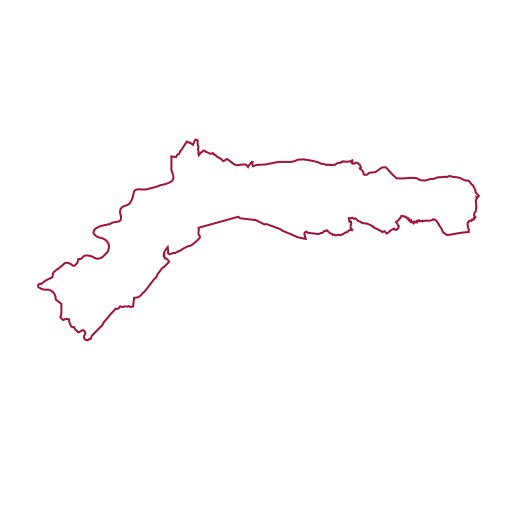 outline of San Lucas, Michoacán, Mexico, rotated 99°
{"feature_id": "50627088B69518747505267", "entity_name": "San Lucas", "entity_type": "district", "adm_level": 2, "iso_a3": "MEX", "parent_name": "Mexico", "parent_adm1": "Michoacán", "projection": "mercator", "projection_center": [-100.756, 18.588], "detail": "fine", "context": "isolated", "style": "outline", "palette": "rose", "viewbox_px": 512, "rotation_deg": 99, "n_neighbors": 0, "source": "geoboundaries", "source_scale": "gbopen_adm2", "svg_char_len": 6094}
<svg xmlns="http://www.w3.org/2000/svg" viewBox="0 0 512 512"><g transform="rotate(99 256 256)"><path d="M199.0,49.7L196.2,50.0L194.7,51.1L190.6,52.2L189.6,51.9L189.2,51.3L187.9,50.9L187.5,50.1L187.7,48.9L187.2,48.3L186.2,48.3L186.3,47.5L186.0,46.7L184.3,46.8L184.4,46.0L183.5,45.3L181.5,47.0L179.7,47.1L177.4,45.9L174.3,46.2L173.9,45.8L167.3,47.5L165.1,47.2L164.4,46.7L163.6,47.2L163.9,46.5L161.8,45.3L158.6,49.2L156.6,49.6L154.1,51.6L152.3,52.6L151.8,54.0L148.8,57.1L148.7,58.1L148.3,58.6L148.7,60.3L148.6,61.8L147.1,66.5L146.7,69.3L147.1,73.2L147.0,74.9L146.7,75.4L146.9,77.9L147.1,78.5L147.7,78.8L148.2,79.7L148.0,81.1L148.6,82.5L148.4,83.1L149.6,86.7L149.5,87.8L151.1,91.2L152.2,92.9L152.8,96.1L154.9,100.4L155.4,104.3L155.3,106.3L154.0,109.5L154.1,111.3L154.6,115.6L156.4,122.9L157.3,129.4L153.6,134.8L148.1,141.5L148.9,145.5L154.5,151.2L155.9,156.5L156.6,157.7L158.1,158.6L158.9,161.5L158.2,162.6L156.3,163.2L155.5,163.9L153.7,166.1L153.6,167.1L153.1,167.2L152.5,166.3L152.0,166.2L149.5,168.0L149.4,169.0L148.5,169.5L148.0,171.3L149.1,173.5L149.5,173.6L149.7,175.3L149.1,176.1L147.0,175.5L146.4,175.9L147.5,177.2L147.9,178.2L148.8,181.4L148.8,182.8L149.0,183.5L148.8,184.9L149.8,186.1L149.9,187.2L150.1,186.3L150.8,187.2L150.9,188.8L152.2,191.1L153.4,191.9L154.5,196.5L154.4,199.0L154.8,199.3L155.0,200.8L154.5,203.9L154.8,205.8L153.7,209.4L153.2,214.5L153.1,223.8L154.3,229.7L156.0,232.2L157.6,236.1L159.5,248.5L164.1,260.8L165.8,269.1L167.8,273.1L165.2,274.3L164.1,274.1L164.3,274.6L163.9,275.0L168.3,277.6L169.3,277.8L168.0,279.2L167.2,281.4L168.0,284.0L168.3,286.1L169.2,287.9L169.1,291.5L164.7,299.7L167.4,303.0L166.9,304.1L165.6,305.7L163.8,310.5L162.8,311.4L162.5,313.2L161.7,313.7L161.0,314.8L161.7,315.2L162.2,317.4L161.3,320.1L160.8,322.5L160.0,323.2L160.3,324.8L161.5,325.4L162.3,326.4L165.4,328.3L163.2,329.1L162.1,329.0L159.6,330.0L157.2,329.9L155.9,330.7L153.2,331.5L151.0,331.6L150.5,334.0L152.5,334.9L156.1,335.6L154.4,338.9L154.7,339.0L153.8,342.3L163.0,346.3L163.8,347.0L167.3,348.0L167.5,348.9L168.2,349.5L170.8,350.5L170.9,355.2L178.7,353.8L183.6,353.2L189.6,350.4L191.9,349.7L194.0,350.2L195.3,351.0L196.8,352.7L199.1,356.6L201.0,361.4L202.9,364.5L207.5,374.9L208.1,378.9L208.3,382.0L209.5,385.3L211.0,386.5L216.9,386.9L221.2,387.9L224.0,389.1L225.6,390.8L227.7,394.8L229.6,396.5L231.2,397.3L234.1,397.2L238.2,395.5L239.7,395.2L241.6,395.4L242.7,396.0L243.4,397.0L245.3,402.7L247.1,405.1L248.2,407.6L250.7,414.3L253.7,418.4L255.3,419.6L256.7,420.2L258.5,420.2L259.6,419.5L261.3,417.3L262.2,414.2L262.7,409.8L263.5,407.6L264.1,406.5L265.7,404.7L267.7,403.2L268.9,402.8L271.9,402.6L274.9,403.2L276.7,404.2L280.9,407.4L282.4,409.1L283.6,412.2L283.3,414.7L282.1,417.7L281.9,419.7L281.8,422.2L282.3,424.9L283.2,426.1L286.1,428.3L287.0,431.1L287.5,430.9L291.1,431.5L294.2,433.9L294.1,435.4L293.1,437.3L292.4,439.7L292.3,442.1L292.7,443.5L299.5,449.2L300.2,450.3L303.5,453.2L304.7,453.7L308.5,453.8L308.9,454.0L312.6,459.2L315.5,462.3L316.8,463.0L317.3,463.9L317.1,464.7L318.1,466.4L319.4,466.7L320.5,466.4L321.3,465.0L322.3,461.7L322.3,459.5L321.7,455.7L322.4,452.8L323.2,451.0L325.2,449.0L327.4,447.7L330.3,447.0L333.7,440.8L341.8,439.4L345.3,439.3L347.2,439.6L348.7,437.7L349.2,436.9L349.3,436.0L348.5,435.4L348.0,433.8L347.7,431.3L348.0,430.7L350.0,430.2L351.7,429.4L354.5,427.5L354.9,426.5L355.0,425.2L354.7,424.6L357.1,422.7L357.9,421.7L358.1,420.8L359.1,420.1L359.1,419.0L357.0,416.6L356.3,415.3L356.3,414.6L357.5,413.2L359.3,412.5L362.3,413.4L364.6,412.6L365.6,410.9L365.6,409.1L364.2,407.9L363.6,406.2L360.5,405.7L349.8,398.1L349.6,397.6L344.9,395.8L338.8,391.9L336.6,390.8L330.0,386.3L330.0,385.1L329.6,384.1L328.9,383.4L326.9,382.3L327.2,381.7L327.3,379.8L327.2,379.2L326.3,377.9L326.1,374.7L325.4,373.9L326.0,372.2L325.2,369.5L316.4,369.8L315.1,365.7L312.7,363.4L309.6,361.6L309.2,361.0L307.1,359.6L295.0,353.1L293.3,351.6L291.2,350.7L289.2,350.4L286.6,348.8L283.6,347.4L281.4,345.6L281.3,345.2L275.3,340.9L273.3,342.8L272.3,344.9L272.6,345.8L269.8,346.9L270.0,347.2L269.7,347.3L269.4,347.3L268.9,346.7L268.0,347.0L268.0,347.4L267.6,347.5L265.1,346.7L261.1,344.6L265.8,343.3L266.6,343.6L267.4,343.0L267.8,341.6L265.9,337.9L265.7,336.3L263.8,334.0L263.1,332.5L259.6,328.4L258.8,327.1L257.4,325.4L256.1,322.5L254.8,320.8L250.4,316.9L247.2,314.6L245.4,314.4L244.3,315.7L242.0,316.6L239.1,316.6L237.1,317.1L220.0,279.6L221.2,277.8L220.6,261.7L223.5,252.5L222.8,250.7L225.4,237.5L225.9,235.5L227.0,233.7L228.7,226.2L230.5,219.6L231.0,216.7L231.3,209.6L226.6,211.7L225.8,211.7L224.8,211.2L224.0,209.7L224.7,209.2L225.0,208.6L224.5,197.4L223.1,195.5L222.7,193.9L220.6,192.5L220.2,190.5L219.5,190.1L221.5,187.0L222.2,185.6L222.3,184.4L223.1,183.5L222.6,182.2L223.2,180.6L223.0,179.8L222.2,178.7L222.1,175.8L221.3,174.8L221.1,173.7L218.8,171.5L218.5,170.1L216.9,168.9L215.6,167.2L215.4,166.0L215.6,165.2L214.9,165.0L213.6,167.0L210.6,167.3L209.1,167.0L207.3,167.5L207.7,169.0L206.8,169.4L205.3,169.4L204.7,170.2L204.1,170.2L204.2,169.6L203.1,166.3L203.9,165.5L203.8,164.5L203.3,163.5L205.4,160.5L205.9,158.2L206.4,157.6L206.4,156.6L206.9,155.8L206.6,151.7L207.6,147.6L207.9,146.5L208.4,146.1L208.5,145.0L209.3,144.5L209.4,143.6L209.9,143.2L210.1,141.0L211.0,139.1L212.1,135.4L212.7,135.0L211.4,132.9L213.4,130.5L212.2,129.1L209.9,127.3L207.5,124.2L207.8,124.0L207.7,123.2L208.3,122.8L208.5,121.9L206.1,119.6L204.7,119.9L204.2,119.6L203.7,120.4L201.7,121.8L200.6,123.0L199.2,121.6L196.1,119.7L196.1,119.4L194.8,119.0L194.3,118.5L193.7,118.6L193.5,116.8L194.1,115.9L193.6,115.0L194.2,114.2L194.3,113.1L195.4,112.6L194.9,111.2L196.8,110.5L197.1,110.1L196.8,109.7L197.0,109.4L196.3,108.5L196.6,108.4L197.0,108.8L197.9,108.6L197.6,108.2L198.2,108.0L198.3,107.6L197.9,106.4L198.6,106.4L199.2,105.4L197.1,104.5L197.1,103.9L197.8,103.4L197.7,102.7L197.2,103.2L195.9,102.5L195.8,102.1L196.5,101.8L195.2,100.6L195.6,100.2L196.0,100.2L196.2,99.9L195.1,97.1L195.6,96.7L194.6,94.5L194.2,91.1L193.0,87.5L192.0,86.8L192.0,85.3L192.3,85.1L192.9,83.4L194.9,81.5L198.1,79.0L199.4,77.5L203.4,74.9L205.5,70.4L200.8,56.5L199.0,49.7Z" fill="none" stroke="#9f1239" stroke-width="2"/></g></svg>